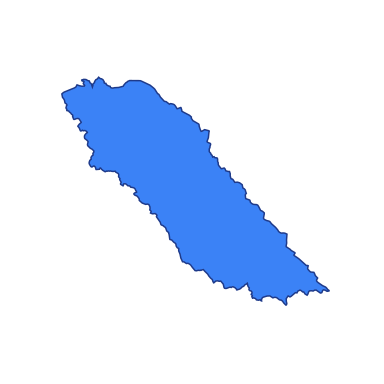 Vinh Thanh, Bình Định, Vietnam, rotated 154°
{"feature_id": "81297802B21955309192571", "entity_name": "Vinh Thanh", "entity_type": "district", "adm_level": 2, "iso_a3": "VNM", "parent_name": "Vietnam", "parent_adm1": "Bình Định", "projection": "robinson", "projection_center": [108.747, 14.237], "detail": "fine", "context": "isolated", "style": "filled", "palette": "blue", "viewbox_px": 384, "rotation_deg": 154, "n_neighbors": 0, "source": "geoboundaries", "source_scale": "gbopen_adm2", "svg_char_len": 6033}
<svg xmlns="http://www.w3.org/2000/svg" viewBox="0 0 384 384"><g transform="rotate(154 192 192)"><path d="M201.5,319.6L202.0,319.3L203.5,319.2L206.0,318.2L207.5,317.2L208.0,317.3L212.1,318.1L215.9,319.7L217.7,320.1L219.1,321.2L219.4,321.7L219.2,322.8L220.7,324.1L221.7,325.7L221.9,326.5L221.7,327.3L222.9,328.2L223.1,328.7L222.6,329.5L222.8,332.0L223.7,333.4L224.8,334.2L225.6,336.1L227.6,335.1L229.2,335.1L231.1,334.0L231.7,333.1L234.0,332.4L234.3,331.3L235.5,330.0L235.1,333.0L235.2,333.8L235.8,335.0L235.6,336.8L236.6,337.6L238.0,339.6L239.9,340.7L242.0,341.0L242.1,340.7L242.1,340.0L240.8,338.9L240.7,338.5L242.1,337.3L242.2,336.8L241.7,335.0L242.3,334.4L244.6,335.3L246.7,337.0L248.4,338.7L250.3,337.3L252.1,337.1L262.3,337.8L263.9,337.8L266.0,337.2L266.9,333.8L266.5,332.1L266.4,330.6L267.1,327.7L266.3,326.2L266.2,325.3L266.3,324.9L267.1,324.5L267.7,323.6L268.2,323.2L268.5,322.1L268.2,321.2L268.8,320.1L267.3,318.8L267.2,317.9L266.4,316.1L266.2,314.7L265.6,313.8L265.8,312.5L266.1,312.4L266.3,311.9L266.3,310.9L266.5,309.5L266.3,309.0L265.5,308.7L264.1,308.7L262.2,308.1L261.5,307.3L261.0,303.6L261.1,303.1L263.7,302.3L265.5,301.4L265.8,301.1L265.3,299.0L265.5,296.1L265.1,295.5L263.3,295.5L262.9,294.7L261.5,294.3L261.1,294.0L260.4,293.1L259.9,291.5L260.1,291.3L261.6,291.0L263.3,290.2L264.1,289.5L264.7,288.3L264.9,287.4L264.9,287.0L263.6,284.3L263.3,282.8L265.0,280.7L265.3,280.1L265.4,279.2L264.2,275.8L263.0,274.2L262.2,271.9L262.9,270.8L264.1,270.2L264.7,268.6L266.6,268.1L267.8,267.1L268.2,265.7L270.0,265.2L271.2,264.0L271.8,263.1L272.0,262.2L271.9,260.3L271.7,259.1L271.0,258.3L269.4,258.5L268.7,258.4L267.9,256.6L268.4,254.8L268.3,254.2L265.2,253.0L264.3,253.8L263.7,253.7L263.5,253.2L263.4,252.3L262.7,250.6L261.3,248.4L260.9,248.2L259.8,248.3L259.2,247.9L257.8,247.5L257.0,246.9L256.0,246.6L255.1,245.8L254.0,245.1L251.9,244.3L251.8,243.2L250.3,241.1L250.2,240.5L250.3,239.6L251.3,237.9L250.9,235.6L251.6,234.8L251.4,232.3L251.5,231.7L252.6,230.8L252.8,230.2L251.3,227.8L250.7,228.2L249.9,229.2L249.5,229.2L248.2,228.5L247.7,227.8L246.9,225.7L245.3,224.8L245.0,223.2L242.9,221.7L242.1,220.7L241.8,219.6L241.9,218.0L241.7,216.9L241.9,216.1L243.4,216.3L244.3,216.2L245.1,215.8L245.1,215.1L244.6,214.0L243.5,212.9L243.0,212.0L242.5,209.5L242.5,208.9L243.1,207.5L241.6,203.9L239.1,201.2L237.2,200.6L236.3,199.6L236.3,197.3L236.8,195.8L237.8,194.4L237.3,193.1L237.3,192.3L238.5,191.3L238.1,190.7L236.9,189.6L234.6,188.8L233.9,187.5L233.7,186.9L233.8,186.2L234.6,185.7L234.8,185.3L233.8,178.8L234.2,176.3L233.8,175.6L232.5,174.1L232.3,173.2L231.7,172.3L231.4,171.3L231.8,168.1L230.8,165.8L231.1,164.9L231.2,163.8L232.7,159.3L232.6,158.9L231.3,157.8L230.4,154.9L229.5,153.3L229.3,152.3L229.9,150.4L229.8,149.1L229.6,148.2L228.7,147.1L229.5,145.5L229.8,144.7L230.0,141.5L231.0,137.5L231.1,133.4L229.9,132.8L228.4,130.2L226.9,129.7L225.9,128.4L225.2,127.0L224.7,124.0L223.7,120.0L222.5,119.2L220.7,118.9L219.7,118.2L218.8,118.1L218.4,117.6L217.2,117.6L215.8,117.3L215.3,115.3L213.9,111.4L213.7,109.1L212.9,106.0L212.1,104.4L212.4,102.9L212.4,100.9L212.2,100.8L209.6,101.5L207.9,100.9L206.7,99.8L205.2,99.3L204.3,95.5L205.1,92.0L204.9,91.2L204.3,90.7L203.1,90.2L200.0,89.9L199.0,89.5L198.7,89.0L197.3,89.1L196.6,88.8L195.3,87.1L194.6,85.2L194.8,84.5L194.5,84.2L193.8,84.3L192.6,83.9L190.8,83.9L188.4,84.7L186.9,84.6L184.9,85.5L183.7,85.4L182.3,85.8L182.4,85.1L182.8,84.0L183.0,82.4L182.6,80.6L183.5,79.6L183.6,78.9L183.4,78.1L182.3,77.2L182.0,75.8L182.3,74.9L183.7,74.1L183.7,73.7L183.2,72.8L183.2,72.2L184.1,71.7L184.1,70.0L183.0,69.8L182.6,69.3L181.9,68.7L181.4,67.5L181.4,66.8L179.5,65.5L178.0,65.4L177.9,64.4L177.2,63.6L176.8,64.5L176.3,65.2L175.5,65.9L174.7,66.2L173.9,66.2L170.2,65.6L167.6,64.5L165.7,61.4L164.1,61.2L162.8,60.5L162.1,59.7L160.7,56.8L159.1,55.5L158.5,54.2L158.1,51.7L157.2,49.2L156.8,49.1L156.4,49.3L155.6,50.3L155.2,52.2L154.1,54.8L151.3,56.4L150.9,56.2L150.2,55.0L149.8,54.7L148.6,54.8L143.2,56.2L141.9,55.3L140.3,56.5L138.0,56.5L137.3,55.8L136.3,53.6L135.4,53.2L135.1,50.8L133.8,48.8L132.8,49.3L130.7,51.3L129.7,51.6L127.6,50.7L126.6,49.9L124.8,50.0L123.4,49.4L120.9,44.9L119.6,44.6L119.1,44.9L117.8,46.2L116.7,46.4L115.5,45.5L114.1,43.5L112.3,43.0L112.0,43.4L112.8,44.9L113.1,46.6L113.6,48.0L115.7,50.6L118.4,55.4L118.9,56.7L119.0,57.4L118.6,58.3L116.8,59.6L117.8,62.8L117.6,65.2L117.7,66.4L120.5,68.1L121.1,69.6L121.7,71.8L121.6,72.6L119.9,74.8L120.2,75.2L121.5,75.9L125.3,85.3L128.1,90.2L128.0,90.7L126.2,91.9L126.1,92.4L128.5,96.0L128.9,97.4L131.3,101.5L131.0,102.3L129.3,104.6L128.1,107.4L125.1,112.5L126.4,114.1L127.4,114.9L129.9,116.0L131.0,117.4L131.5,118.7L131.6,120.4L132.4,123.6L134.5,128.7L135.0,131.3L135.6,132.1L137.5,133.7L138.7,135.2L139.2,136.1L139.2,137.2L136.6,140.7L136.2,141.6L137.1,143.8L138.4,145.4L138.5,150.2L138.7,151.4L139.4,152.3L142.0,153.8L142.6,154.4L143.3,155.4L144.0,157.1L143.6,159.1L143.7,159.5L146.6,162.5L146.3,163.6L145.4,166.0L144.7,166.6L143.8,166.9L143.5,169.4L143.2,170.4L143.6,171.9L144.5,173.4L143.7,176.6L145.1,179.3L146.0,180.2L147.0,181.0L149.3,181.9L149.7,185.1L150.0,185.9L150.9,186.6L151.1,187.1L150.6,189.7L149.6,191.7L149.3,194.0L150.4,194.5L152.3,196.2L152.2,198.5L152.6,199.5L155.0,199.9L155.5,200.2L156.4,204.2L156.3,205.3L155.6,206.9L155.6,208.2L154.6,210.3L154.4,211.3L154.9,211.9L156.4,212.8L156.7,214.1L158.1,214.3L157.9,216.3L158.4,217.3L158.2,218.6L158.7,220.2L158.7,220.9L157.7,223.0L156.4,224.1L155.6,225.4L154.5,226.4L154.2,227.5L156.3,230.0L156.3,230.9L153.5,233.6L150.7,238.1L149.9,239.1L149.9,239.6L153.3,242.5L155.9,242.3L157.2,242.5L157.2,244.5L156.7,248.0L156.2,249.2L156.2,250.2L159.9,255.7L160.3,258.6L159.7,259.7L160.6,262.0L164.9,267.8L165.7,269.2L165.3,270.1L164.9,272.7L165.1,272.9L168.4,273.2L168.9,273.4L169.2,276.5L169.6,278.1L170.0,278.7L170.6,279.4L172.4,280.8L173.1,280.9L173.8,280.8L175.4,284.1L175.7,284.6L177.1,285.6L178.8,291.2L178.9,293.7L179.1,294.6L179.8,295.5L180.4,300.8L180.9,302.2L182.8,306.3L188.9,313.9L189.8,314.8L199.2,319.5L201.5,319.6Z" fill="#3b82f6" stroke="#1e3a8a" stroke-width="1.5"/></g></svg>